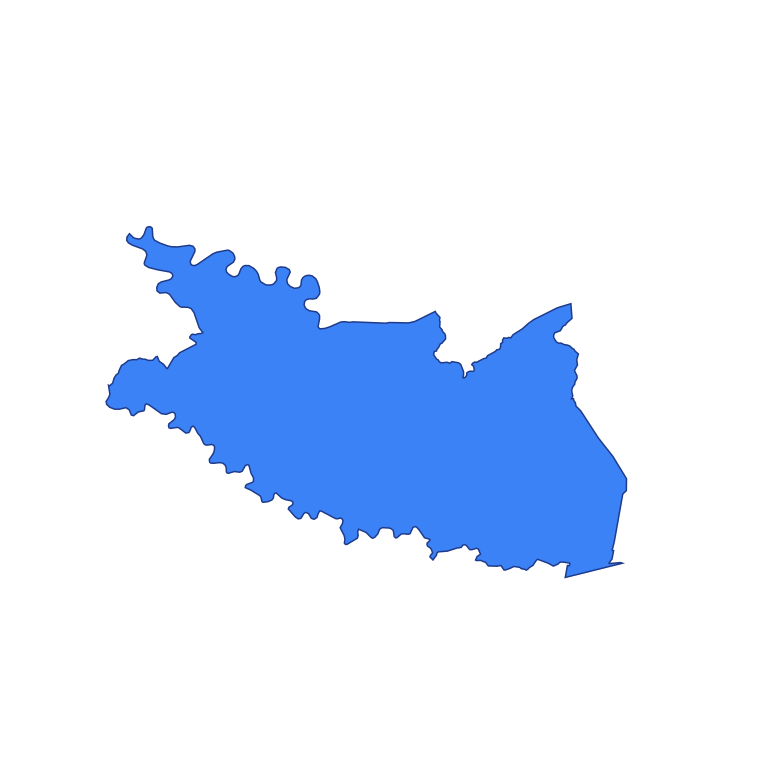 Long My, Hau Giang, Vietnam, rotated 30°
{"feature_id": "81297802B29776873812270", "entity_name": "Long My", "entity_type": "district", "adm_level": 2, "iso_a3": "VNM", "parent_name": "Vietnam", "parent_adm1": "Hau Giang", "projection": "orthographic", "projection_center": [105.504, 9.679], "detail": "fine", "context": "isolated", "style": "filled", "palette": "blue", "viewbox_px": 768, "rotation_deg": 30, "n_neighbors": 0, "source": "geoboundaries", "source_scale": "gbopen_adm2", "svg_char_len": 6162}
<svg xmlns="http://www.w3.org/2000/svg" viewBox="0 0 768 768"><g transform="rotate(30 384 384)"><path d="M146.0,522.8L151.7,529.9L152.3,533.2L152.1,538.1L154.0,540.3L158.1,541.3L163.3,540.5L167.2,538.3L172.4,533.5L176.3,533.8L180.7,537.2L182.9,536.7L185.2,531.1L189.4,527.3L189.5,526.2L187.7,522.2L187.7,520.8L188.2,520.0L191.2,519.6L206.1,521.0L210.5,519.2L214.5,514.4L216.0,513.8L217.9,514.3L219.7,516.3L220.2,519.4L217.6,526.0L218.2,527.8L219.6,529.4L221.3,529.2L226.6,525.0L228.4,524.5L236.9,525.6L239.3,523.6L239.3,520.8L238.6,517.9L239.7,515.9L242.0,516.4L247.4,519.8L251.2,521.1L257.6,525.7L259.5,526.1L261.2,525.5L265.2,522.4L267.3,522.2L268.8,523.3L270.3,526.4L270.9,529.9L270.4,536.6L272.1,538.9L273.5,539.1L276.0,537.9L280.5,534.6L282.7,533.5L284.4,533.2L286.6,533.6L288.7,534.8L291.5,539.0L292.7,539.5L293.9,539.1L298.1,534.7L303.2,532.5L304.8,530.5L304.7,524.0L306.2,522.0L307.7,522.0L313.6,527.9L317.9,530.5L319.6,533.6L319.2,535.0L315.6,539.3L315.0,540.9L315.6,543.1L321.8,542.5L332.6,542.8L334.4,543.9L337.0,546.8L338.3,547.0L342.4,543.9L344.9,540.5L345.2,538.1L343.8,534.4L344.4,532.7L345.3,532.3L352.7,533.9L356.9,533.3L361.8,531.6L363.2,531.6L364.2,532.0L365.1,533.4L364.8,535.3L363.3,538.2L363.6,540.1L373.7,543.5L377.0,543.7L378.5,542.7L379.3,541.4L379.3,536.4L380.1,534.5L383.2,533.9L388.1,536.6L390.5,536.3L391.4,535.7L392.7,533.2L391.8,529.2L391.8,526.0L393.6,525.4L409.2,524.8L411.0,524.1L413.1,522.0L414.6,521.6L416.4,522.5L417.1,523.6L417.8,525.7L417.9,530.4L425.3,535.2L427.8,538.0L429.2,541.6L430.8,542.2L432.2,541.3L438.0,530.9L437.4,528.2L435.0,525.0L434.6,522.5L442.7,521.5L449.4,523.3L451.2,523.3L452.6,521.6L453.6,517.1L452.9,512.1L453.5,510.5L454.5,509.2L460.1,506.3L462.3,505.7L465.3,506.2L469.2,511.1L471.2,511.4L472.1,510.6L473.9,505.4L475.3,504.2L480.3,501.9L481.4,500.5L480.8,494.0L481.3,492.9L482.7,491.8L484.1,491.7L487.8,493.0L495.9,496.9L501.3,495.6L501.8,496.1L501.7,497.7L500.9,500.1L501.6,501.7L502.8,502.6L506.2,502.9L508.2,503.9L510.5,506.0L509.9,509.4L510.3,510.8L514.4,511.9L515.0,506.2L514.4,503.8L515.0,502.2L522.5,497.0L529.3,489.5L532.5,487.0L532.9,484.2L533.7,483.1L535.2,482.6L536.9,482.9L540.9,484.6L542.9,483.6L546.4,479.9L548.3,479.8L552.7,483.2L550.9,486.7L551.3,490.7L552.4,490.7L555.7,488.5L561.3,487.7L565.3,489.4L573.1,485.2L576.0,482.7L581.0,485.1L582.2,484.3L585.2,480.8L587.7,477.1L593.2,474.9L595.3,475.3L598.4,474.1L600.3,474.1L601.4,472.0L601.6,470.4L603.7,466.6L604.0,461.2L604.6,459.0L615.8,457.1L621.8,457.0L624.7,453.0L625.5,450.3L628.4,448.5L634.5,446.3L635.4,448.7L633.6,449.5L637.7,460.9L680.1,420.0L678.1,420.4L669.0,426.8L668.4,426.6L669.0,421.7L668.4,419.9L666.2,413.5L664.8,414.0L664.6,413.5L662.2,405.2L645.8,359.9L647.2,355.2L641.4,344.8L618.5,332.3L596.7,323.6L567.6,308.8L561.4,307.2L559.0,304.5L556.6,303.4L555.5,302.0L553.6,303.1L553.8,301.4L553.4,299.9L550.3,296.6L549.4,294.7L548.9,292.4L549.3,288.6L548.4,287.2L548.4,282.6L547.1,280.5L542.2,277.1L542.0,270.7L538.8,266.7L537.3,260.8L533.1,260.0L531.1,258.9L529.3,259.0L526.1,258.2L523.7,258.5L520.2,259.8L516.7,260.1L514.9,261.3L513.2,261.4L511.9,261.2L507.8,259.0L506.5,256.8L506.2,254.4L510.1,249.7L510.1,244.4L511.6,242.1L511.9,239.2L514.0,233.2L505.7,221.0L496.2,231.1L481.5,253.3L478.7,259.5L476.2,267.1L471.2,276.7L470.7,280.6L468.8,281.3L467.3,283.1L464.7,284.1L464.7,286.7L465.9,288.6L464.9,290.7L466.5,293.9L466.7,295.7L466.2,296.7L464.5,298.0L464.1,300.2L459.5,307.7L459.5,310.6L457.7,312.1L453.2,319.0L451.6,319.6L450.4,321.6L450.3,323.4L452.7,323.9L455.1,326.6L455.4,327.6L454.7,328.6L452.1,329.9L450.8,331.4L450.2,333.2L451.3,335.0L451.1,336.5L450.7,338.3L449.1,339.0L448.5,336.6L446.7,333.5L441.0,328.9L439.2,328.4L437.8,328.4L431.7,330.6L430.5,333.2L428.0,333.5L422.8,337.2L420.3,336.9L419.2,336.1L417.0,336.1L412.3,333.8L411.3,330.8L413.0,329.1L412.5,327.7L413.0,325.2L412.7,321.1L413.8,319.7L414.8,314.2L413.0,311.3L411.5,310.1L408.2,309.1L407.1,307.9L403.8,306.9L401.4,302.1L400.1,300.9L399.2,298.4L393.4,296.5L392.1,295.5L379.4,314.5L374.6,318.9L358.0,328.0L355.2,330.4L325.9,345.8L323.4,347.8L318.4,349.9L315.5,352.0L308.4,361.7L304.9,365.5L300.9,368.3L298.8,367.8L298.1,367.0L295.7,359.9L294.0,357.0L292.3,355.9L289.5,355.3L283.0,357.8L279.8,357.9L277.6,357.3L275.2,355.3L274.0,352.1L274.7,349.7L276.9,347.5L279.9,346.0L282.6,343.6L283.2,338.5L282.4,336.4L279.8,332.9L275.1,328.7L272.3,327.0L267.8,326.3L264.7,327.3L262.8,328.7L261.3,330.6L260.6,332.6L260.6,335.3L262.5,339.6L262.7,341.5L261.7,343.5L258.5,345.9L254.1,346.4L250.4,345.4L247.6,342.3L246.8,334.0L244.8,332.3L240.3,332.3L236.1,334.2L234.1,336.1L233.6,337.8L234.3,341.8L238.0,345.7L239.2,348.2L238.3,352.9L236.0,355.2L232.2,357.2L226.5,357.1L224.8,356.4L220.2,351.9L217.4,350.2L213.6,349.0L207.9,349.0L204.2,351.0L203.0,352.9L202.5,355.6L203.3,361.0L203.1,363.3L201.1,365.8L199.1,366.6L195.0,366.7L191.8,365.8L189.8,363.8L189.4,360.6L192.7,353.7L192.4,350.4L190.9,348.3L187.9,346.2L183.5,345.7L181.7,346.2L173.1,353.6L170.6,357.0L162.8,373.3L161.1,375.9L158.7,377.1L156.7,376.8L154.8,374.6L154.0,363.9L152.8,361.6L149.8,360.2L146.1,361.2L137.1,368.2L131.8,371.2L127.9,372.5L119.6,374.0L113.5,374.2L112.0,373.5L109.8,371.6L105.5,365.1L104.1,364.6L102.1,365.0L100.5,366.6L100.2,367.9L101.4,374.7L100.9,379.1L99.5,380.9L95.4,382.4L93.7,382.5L88.4,381.1L87.9,385.2L89.4,388.3L92.2,389.6L96.7,389.6L107.5,387.7L111.6,388.4L114.3,391.1L115.7,398.6L116.4,399.9L117.8,400.7L122.2,400.7L130.8,398.3L142.2,394.2L145.2,394.3L147.1,395.9L147.2,399.1L145.6,401.6L140.1,406.9L138.4,410.1L139.0,414.1L140.8,416.8L144.4,417.4L149.3,413.9L151.6,413.5L153.8,413.7L162.6,417.7L168.6,419.0L170.2,418.7L175.8,415.6L179.3,415.1L183.8,417.2L195.7,427.6L201.5,430.2L200.3,431.8L197.8,433.4L196.2,435.5L193.3,436.6L192.6,437.6L192.3,440.4L192.9,441.3L199.7,441.8L200.8,442.4L201.3,443.7L191.4,459.1L190.7,462.7L188.8,466.3L188.7,479.0L188.3,479.2L183.1,477.1L178.1,476.8L173.9,473.5L172.9,474.5L171.8,479.2L167.8,481.5L164.9,481.9L162.6,483.1L159.4,483.8L157.7,486.6L154.4,488.4L150.8,491.6L148.7,497.1L147.4,499.0L147.8,504.5L148.6,507.8L147.5,509.8L147.3,513.8L148.6,519.0L147.3,522.7L146.0,522.8Z" fill="#3b82f6" stroke="#1e3a8a" stroke-width="1.5"/></g></svg>